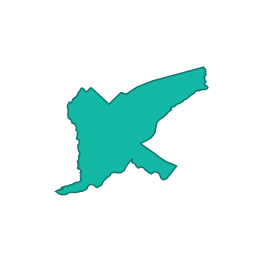 the district of Bom Jesus da Lapa, Bahia, Brazil, rotated 219°
{"feature_id": "56859067B88017045817221", "entity_name": "Bom Jesus da Lapa", "entity_type": "district", "adm_level": 2, "iso_a3": "BRA", "parent_name": "Brazil", "parent_adm1": "Bahia", "projection": "orthographic", "projection_center": [-43.321, -13.283], "detail": "fine", "context": "isolated", "style": "filled", "palette": "teal", "viewbox_px": 256, "rotation_deg": 219, "n_neighbors": 0, "source": "geoboundaries", "source_scale": "gbopen_adm2", "svg_char_len": 5850}
<svg xmlns="http://www.w3.org/2000/svg" viewBox="0 0 256 256"><g transform="rotate(219 128 128)"><path d="M189.6,111.5L189.9,111.0L189.8,110.5L189.6,109.8L189.5,108.9L189.5,108.3L189.2,107.7L188.8,107.1L188.6,106.5L188.1,106.2L187.8,105.6L187.0,105.3L186.4,104.8L185.9,104.4L185.6,103.8L185.2,103.4L184.8,103.2L184.4,103.0L184.3,102.4L184.1,101.9L183.7,101.4L183.1,100.8L182.8,100.2L181.4,98.9L180.6,98.2L179.2,98.3L178.6,98.6L177.9,98.6L177.1,98.4L176.7,98.2L176.4,97.8L175.8,97.4L175.0,96.9L174.4,96.7L174.0,96.9L172.4,97.3L171.8,97.2L171.3,97.6L170.0,96.8L169.5,96.5L169.0,96.3L168.3,95.9L167.9,95.3L167.4,93.9L166.7,93.6L166.2,93.9L165.7,93.8L165.1,93.3L164.6,93.1L164.2,92.7L163.5,91.5L162.9,90.8L162.7,89.9L162.1,89.4L161.8,89.1L161.7,88.5L161.5,87.7L161.1,87.1L160.5,87.5L159.6,87.8L159.1,87.7L158.4,87.4L157.9,87.2L157.3,86.8L156.3,85.5L156.0,84.5L156.3,83.3L155.2,82.3L154.8,81.6L154.4,80.9L153.8,80.7L153.2,80.3L152.6,79.7L152.3,79.1L151.6,79.1L150.9,78.8L150.2,78.9L149.8,78.3L149.5,77.6L149.2,77.0L148.7,76.7L148.5,76.0L148.7,75.4L148.1,74.2L146.8,73.3L146.6,72.8L146.3,72.2L146.2,71.5L146.3,70.4L145.8,70.1L145.5,69.7L145.0,69.7L144.5,69.9L144.2,69.4L144.3,68.9L144.2,68.4L143.7,67.9L143.1,68.0L142.6,67.8L142.6,67.2L142.4,66.5L142.4,65.8L141.8,65.2L141.3,64.9L140.8,64.9L140.6,65.6L140.3,66.0L139.9,65.7L139.4,65.6L138.4,65.5L137.9,65.3L137.6,64.8L137.1,64.7L136.8,64.3L137.2,63.8L137.0,63.1L136.5,63.0L135.7,63.0L135.3,62.8L135.0,62.2L135.0,61.5L135.1,61.0L134.3,60.4L133.7,60.4L133.1,59.8L133.1,59.1L132.8,58.5L131.7,58.0L131.3,57.4L131.6,57.0L131.7,56.4L132.0,56.0L132.0,55.4L132.4,54.5L132.8,54.1L133.2,53.9L133.8,53.3L134.5,52.3L135.3,50.7L135.4,50.0L135.6,49.5L135.9,49.1L136.0,48.5L136.4,47.9L137.0,47.5L137.6,46.9L137.7,46.2L138.0,45.5L138.6,45.0L139.2,44.3L139.5,43.8L140.5,42.6L141.4,41.0L141.8,40.7L142.0,40.2L142.0,39.5L141.3,39.4L141.0,39.7L140.4,40.8L140.3,40.0L140.5,38.6L141.7,37.7L142.2,37.7L142.1,37.1L142.6,36.6L142.4,36.2L143.1,35.9L143.5,35.5L143.8,34.8L143.9,33.7L144.2,33.2L142.5,33.4L141.4,33.4L140.0,33.5L138.3,34.2L137.4,34.7L136.4,35.4L135.2,36.5L134.0,37.9L133.9,38.6L133.6,39.8L133.1,40.9L132.7,41.4L132.2,41.8L131.3,42.3L130.3,43.5L129.2,44.0L128.8,44.3L128.4,44.6L125.9,47.7L125.4,48.6L124.8,49.2L124.1,49.7L123.4,50.7L123.1,51.4L121.8,54.4L121.8,55.4L122.1,56.0L122.3,56.7L122.5,57.9L122.4,58.9L122.2,59.6L121.8,60.2L121.3,60.8L120.7,61.3L119.8,61.7L118.2,62.1L117.4,62.1L115.7,61.9L115.2,62.0L114.6,62.4L114.2,63.0L113.9,64.4L113.7,64.9L113.0,66.0L112.8,66.7L112.9,67.6L113.3,69.6L113.7,71.9L113.2,74.5L113.2,75.3L113.3,76.1L113.0,76.9L112.5,77.9L112.2,79.7L112.2,80.6L112.4,81.2L112.7,81.9L112.7,82.4L111.5,84.1L110.4,85.3L108.1,86.6L106.9,87.4L105.7,88.5L105.1,89.5L104.5,91.6L104.3,92.8L104.4,93.7L104.7,94.4L105.0,95.6L105.2,96.6L105.4,98.0L105.4,100.0L105.5,102.8L105.7,103.8L105.7,105.1L105.6,106.2L105.0,106.5L104.5,105.9L104.3,105.3L104.1,104.6L103.7,103.9L103.0,104.1L102.5,104.1L102.0,104.0L101.3,104.1L100.2,104.4L99.6,104.6L98.5,103.7L96.4,103.5L95.5,103.3L94.9,103.4L94.5,103.8L94.1,105.1L93.4,105.7L92.6,106.1L92.2,106.4L91.0,106.9L90.4,106.7L89.9,106.7L89.3,106.6L88.7,106.3L88.0,106.2L87.2,106.6L86.7,106.3L86.2,106.4L85.6,106.6L84.6,106.2L84.1,106.2L83.2,106.5L82.2,106.9L81.6,107.0L80.9,107.2L80.7,107.9L80.6,108.7L79.9,110.4L79.4,111.0L78.9,111.4L78.3,111.5L77.7,112.0L77.1,112.2L76.3,112.0L75.9,112.3L75.3,112.3L74.6,112.0L74.1,111.7L72.9,110.9L72.1,110.6L71.4,110.1L70.7,109.8L68.0,109.9L67.6,110.2L67.4,110.9L66.7,112.4L66.1,112.8L66.3,129.0L70.8,127.8L76.7,126.0L78.3,125.6L86.2,125.0L92.4,124.8L107.5,123.7L108.0,123.8L108.6,124.1L107.8,125.4L106.8,127.4L106.0,129.4L105.3,130.8L105.0,131.7L104.9,132.3L104.8,132.8L104.5,133.2L104.2,134.1L103.9,135.6L103.9,138.1L103.9,139.2L104.1,140.4L104.5,141.8L104.8,142.7L105.7,143.7L105.9,144.4L106.5,145.6L107.8,147.9L108.4,149.0L108.9,150.5L109.0,151.2L109.0,152.8L108.9,153.9L108.5,155.6L107.8,157.4L107.5,158.7L107.0,161.5L106.9,162.3L106.9,163.6L106.7,165.9L106.6,166.5L106.4,167.2L106.2,167.8L105.9,169.6L106.8,169.5L107.3,169.9L106.9,170.4L106.9,171.1L107.1,171.5L107.1,172.1L106.7,172.6L106.4,172.8L105.8,173.3L105.4,173.9L105.3,174.4L105.4,175.4L105.3,175.9L104.9,176.5L104.7,177.8L104.5,178.3L104.0,178.9L103.5,179.4L103.2,180.1L103.1,180.8L102.6,182.2L102.0,182.7L102.3,183.9L102.1,185.0L102.0,185.4L101.7,186.0L101.1,186.8L100.7,188.0L100.7,188.6L100.5,189.6L100.2,190.1L100.5,190.5L100.5,191.1L100.1,191.6L99.8,192.8L100.0,193.4L99.7,194.0L99.2,194.4L99.2,195.0L99.0,195.6L98.8,196.0L98.5,196.3L98.8,196.7L98.8,197.4L98.7,198.3L98.3,199.7L98.0,200.2L97.6,200.6L97.4,201.4L96.9,201.6L96.4,201.5L95.8,202.2L95.9,203.0L95.2,203.4L94.9,203.9L94.4,204.3L94.2,204.9L94.0,205.6L92.6,206.0L92.2,206.5L92.0,207.4L91.6,207.8L91.3,208.5L91.5,209.1L91.3,209.6L91.7,209.8L92.3,210.0L92.7,209.9L93.2,210.2L94.0,210.2L94.6,210.0L95.0,209.7L95.5,209.4L96.1,210.2L96.3,210.8L96.7,211.3L96.5,212.0L96.4,212.8L96.9,213.2L98.3,213.3L98.7,213.9L99.4,214.5L99.9,215.1L100.5,215.2L101.2,215.6L100.8,217.2L100.8,217.8L101.0,218.6L102.0,218.7L102.4,219.0L102.4,219.6L103.2,220.3L103.2,220.9L104.4,222.0L105.6,222.4L106.1,222.4L106.8,222.1L107.3,222.3L107.6,222.8L138.4,180.2L141.3,175.3L146.7,165.4L150.7,153.2L155.7,151.1L157.8,134.5L178.5,135.9L182.1,136.0L182.5,134.5L182.6,133.7L182.5,133.1L182.7,131.4L183.1,130.3L183.4,129.8L183.9,129.4L184.6,129.6L185.1,130.1L185.8,130.2L186.5,130.2L187.3,130.4L187.9,130.3L188.4,130.0L189.2,129.8L189.1,129.1L189.2,128.6L189.2,127.8L188.8,127.2L188.6,126.5L188.6,126.0L188.9,125.5L189.1,124.7L189.0,124.1L188.6,123.8L188.1,122.9L187.9,122.2L188.3,121.5L188.0,121.0L187.9,120.4L188.0,119.9L188.2,118.8L188.4,118.4L188.7,117.0L188.7,116.5L188.5,116.0L189.0,115.6L188.9,115.2L188.1,113.2L188.0,112.7L188.0,112.0L188.5,111.5L189.0,111.1L189.6,111.5Z" fill="#14b8a6" stroke="#0f766e" stroke-width="1.5"/></g></svg>